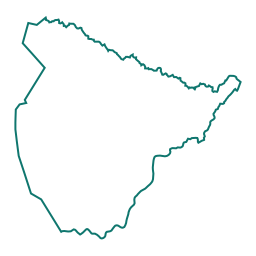 Dom Inocêncio, Piauí, Brazil
{"feature_id": "56859067B88808375837925", "entity_name": "Dom Inocêncio", "entity_type": "district", "adm_level": 2, "iso_a3": "BRA", "parent_name": "Brazil", "parent_adm1": "Piauí", "projection": "robinson", "projection_center": [-41.762, -8.923], "detail": "fine", "context": "isolated", "style": "outline", "palette": "teal", "viewbox_px": 256, "rotation_deg": 0, "n_neighbors": 0, "source": "geoboundaries", "source_scale": "gbopen_adm2", "svg_char_len": 4316}
<svg xmlns="http://www.w3.org/2000/svg" viewBox="0 0 256 256"><path d="M45.7,17.6L36.8,24.9L28.3,23.0L22.7,43.2L31.8,53.3L44.7,67.8L24.8,99.9L26.2,103.0L19.6,104.4L15.8,109.5L15.5,118.5L15.4,122.5L15.4,129.4L16.2,136.1L16.8,141.2L18.7,155.9L24.2,172.5L29.4,188.6L31.0,193.5L41.2,199.4L46.2,207.5L61.2,231.8L62.2,231.2L64.2,231.0L65.8,231.2L68.2,231.5L70.8,231.3L73.7,229.4L74.9,229.7L75.6,230.2L77.6,232.5L80.1,234.5L81.0,234.0L83.0,232.5L85.9,229.6L86.7,229.1L87.6,229.1L89.2,230.5L91.4,233.3L92.2,233.7L94.1,233.7L95.0,233.7L97.1,234.8L99.3,236.7L99.8,237.4L100.6,238.1L101.4,238.4L102.4,238.3L103.5,237.9L104.7,236.9L105.3,235.9L105.7,233.4L106.1,232.5L106.9,231.8L110.0,231.3L111.4,230.6L113.1,228.2L114.7,226.2L115.4,225.6L116.9,225.3L118.3,225.7L119.7,226.6L120.4,227.1L121.6,227.6L122.8,227.7L124.3,227.0L125.3,225.2L126.1,223.0L126.4,221.0L126.8,219.1L128.3,214.2L128.6,212.2L129.2,210.6L129.8,209.1L131.0,207.4L134.0,204.6L134.6,203.2L134.3,199.6L134.6,197.9L135.3,196.8L136.9,195.4L137.8,194.2L139.9,192.0L141.1,190.9L145.1,188.7L145.8,188.1L147.8,186.2L150.1,184.2L151.6,182.4L152.3,181.4L153.0,179.2L153.4,173.6L152.9,169.7L152.8,167.4L152.9,166.3L153.5,160.6L154.0,158.4L154.6,157.0L155.5,156.2L157.1,155.8L160.0,155.6L164.9,156.3L166.1,156.1L167.2,155.8L168.3,155.1L169.2,154.4L170.1,153.1L170.4,151.7L170.0,150.4L170.1,149.2L171.5,148.4L172.5,148.1L176.1,148.3L177.7,147.4L179.0,147.5L180.3,147.6L181.4,147.2L182.6,146.3L183.1,144.9L183.4,143.3L184.1,142.4L186.3,141.9L188.0,138.7L190.3,139.2L191.8,138.1L195.1,137.9L196.2,137.9L197.3,138.0L197.7,138.9L197.9,140.2L197.9,141.9L198.4,142.7L199.9,141.9L201.7,140.8L204.1,139.9L204.1,138.9L203.9,137.8L204.8,136.4L204.0,133.9L204.2,132.7L205.1,131.3L206.6,130.6L207.3,130.2L207.9,129.5L208.9,127.0L210.1,124.8L210.3,123.7L210.2,122.4L210.5,121.5L211.6,120.5L213.5,119.4L214.5,118.3L214.6,117.4L214.3,116.3L213.6,115.0L213.5,113.8L215.2,111.4L215.8,109.7L217.8,109.0L218.4,107.1L219.3,105.9L220.2,103.7L222.6,103.9L223.4,103.7L224.1,103.2L224.1,102.1L225.4,100.8L226.0,99.7L226.6,98.8L227.6,97.7L228.3,96.5L230.3,94.7L231.5,93.4L232.6,92.1L234.3,89.7L235.3,89.0L236.4,90.5L237.1,90.7L237.9,89.2L240.6,82.0L238.5,80.3L237.4,79.5L236.5,78.6L236.2,77.2L235.4,76.6L234.6,76.2L233.4,75.9L230.3,75.8L229.4,75.9L228.7,76.5L227.1,79.1L226.2,80.5L225.4,80.4L224.1,83.3L223.0,83.8L222.3,84.1L221.6,84.7L219.9,84.8L219.2,85.7L218.8,86.5L218.3,87.8L218.0,89.2L217.9,90.2L217.1,91.8L216.3,91.7L214.7,91.3L213.5,91.9L212.5,91.2L212.3,90.2L212.7,88.4L212.5,87.2L211.2,87.1L210.2,86.3L208.9,85.5L208.4,86.4L206.9,86.7L205.9,86.3L205.2,85.5L205.0,84.5L203.2,83.8L201.7,84.2L200.3,83.4L199.5,84.9L199.0,86.0L197.9,86.3L197.0,86.6L195.7,87.1L194.8,87.4L195.2,88.5L194.8,89.3L193.9,88.5L193.1,87.7L191.7,87.5L190.8,87.8L189.4,87.4L188.8,88.3L188.2,87.5L187.1,86.3L186.3,85.8L185.3,85.7L185.5,84.4L185.4,83.3L184.3,82.6L183.2,82.7L182.0,81.7L180.6,80.6L180.4,79.4L180.4,78.1L179.7,77.8L178.4,78.6L177.5,77.9L176.2,77.0L175.1,77.1L174.0,77.1L172.7,74.9L170.1,76.3L168.4,76.6L167.5,75.4L166.8,74.8L166.6,73.9L165.7,73.4L164.3,74.1L163.3,74.8L162.3,74.7L161.7,73.1L160.7,71.0L161.0,70.0L160.9,69.0L160.4,68.1L159.1,67.8L158.1,68.1L157.5,68.7L156.6,70.6L153.9,70.7L153.1,70.1L151.4,69.1L149.6,69.1L148.7,69.2L148.3,68.1L147.3,68.5L145.1,68.4L145.2,66.8L144.3,65.1L143.0,64.2L141.3,65.3L141.1,64.1L139.5,63.0L139.4,62.1L137.9,60.9L137.1,60.2L136.0,59.2L136.1,57.4L134.6,57.7L133.6,57.2L132.7,55.9L132.7,54.6L130.6,55.8L129.9,57.5L127.7,56.9L125.9,56.9L125.0,58.0L124.1,58.5L123.3,59.7L121.7,59.2L120.9,58.6L120.1,57.2L119.3,56.5L117.8,54.8L117.0,54.2L116.7,53.1L115.4,52.5L114.6,52.1L113.5,51.0L112.7,50.3L110.6,50.2L109.0,49.8L108.2,50.9L107.7,49.8L106.2,47.7L105.2,46.1L104.5,44.4L102.4,45.6L101.0,44.0L100.1,42.5L98.9,41.7L94.7,41.7L93.9,40.8L93.8,39.7L92.5,39.6L91.3,39.0L89.3,39.0L88.3,38.7L88.3,37.2L88.3,36.2L87.6,35.7L86.3,35.6L85.5,35.3L85.0,34.2L84.2,33.3L83.3,32.1L81.8,29.8L81.4,28.0L80.3,27.7L78.5,28.5L77.2,28.4L75.8,27.0L74.9,25.1L73.5,23.8L70.4,23.7L69.3,23.5L69.0,25.0L67.8,25.6L66.2,27.2L64.8,25.7L63.8,25.9L63.7,24.2L62.2,22.3L61.6,22.9L60.4,23.4L59.2,23.1L59.1,20.9L58.5,19.6L57.1,20.0L55.7,20.0L54.5,20.4L53.6,21.3L52.2,21.2L51.3,22.1L50.5,22.1L49.3,22.4L48.7,21.1L47.5,20.5L45.9,19.9L46.0,18.7L45.7,17.6Z" fill="none" stroke="#0f766e" stroke-width="2"/></svg>